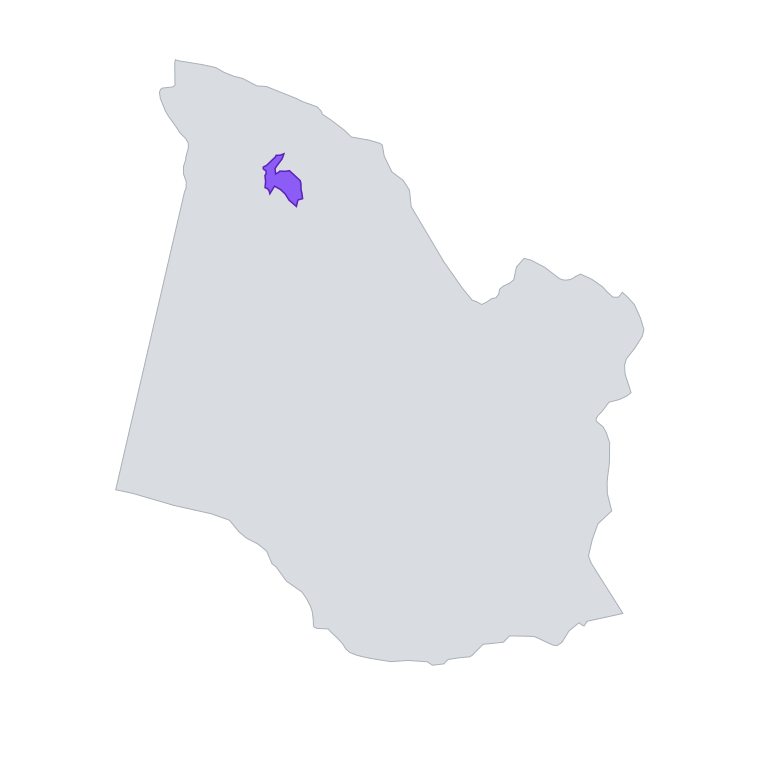 Ibanda on a map of Uganda (orthographic projection), rotated 103°
{"feature_id": "UGA-3369", "entity_name": "Ibanda", "entity_type": "County", "adm_level": 1, "iso_a3": "UGA", "parent_name": "Uganda", "parent_adm1": "", "projection": "orthographic", "projection_center": [30.484, -0.063], "detail": "fine", "context": "in_parent", "style": "filled", "palette": "violet", "viewbox_px": 768, "rotation_deg": 103, "n_neighbors": 0, "source": "natural_earth", "source_scale": "10m", "svg_char_len": 2884}
<svg xmlns="http://www.w3.org/2000/svg" viewBox="0 0 768 768"><g transform="rotate(103 384 384)"><path d="M547.4,621.6L536.5,621.6L518.8,621.6L501.0,621.6L483.3,621.6L465.5,621.6L447.7,621.6L430.0,621.6L412.2,621.6L394.4,621.6L376.7,621.6L358.9,621.6L341.1,621.6L323.4,621.6L305.6,621.6L287.8,621.6L270.0,621.6L252.3,621.6L241.8,621.6L239.7,621.3L238.2,620.9L231.5,622.1L224.6,626.5L217.2,628.3L209.3,627.6L208.3,628.1L204.3,628.0L198.5,627.7L193.3,628.8L189.3,632.7L185.3,639.2L178.0,646.8L172.3,653.5L167.4,658.2L156.3,666.1L150.3,668.4L147.3,668.0L145.5,666.5L142.0,656.5L139.8,654.9L118.3,660.1L115.0,660.2L115.3,657.0L113.7,633.5L113.5,619.1L116.3,610.1L117.9,599.7L118.1,590.5L122.1,574.9L120.6,565.5L125.7,532.7L127.1,527.4L129.0,511.5L132.2,506.6L135.1,504.7L138.7,495.0L145.8,479.4L150.7,471.4L149.7,453.9L150.4,442.0L151.6,439.4L162.0,435.0L175.6,424.0L181.3,411.1L189.4,402.8L205.1,397.4L251.5,353.1L273.1,329.1L282.5,316.9L282.9,312.5L284.6,306.7L280.9,302.2L276.4,298.1L274.9,294.4L271.0,292.5L265.5,292.6L261.8,289.8L257.6,284.4L253.4,281.0L240.3,281.3L230.1,275.8L230.3,268.4L234.2,253.6L241.9,236.7L242.3,232.1L241.2,228.1L239.4,224.7L235.9,221.3L232.7,217.3L235.2,205.1L240.0,193.2L244.0,187.3L247.9,180.6L246.7,175.1L241.1,172.4L244.0,167.1L250.1,158.1L262.0,149.0L272.4,143.0L279.3,143.0L292.9,147.8L305.1,153.5L311.8,153.8L320.0,151.4L336.8,141.3L340.9,144.5L345.8,150.6L351.2,160.8L361.8,165.4L366.9,168.6L370.6,169.5L372.6,168.7L376.6,160.7L381.5,156.4L390.5,150.9L410.3,146.6L424.5,145.2L430.5,144.3L440.6,141.7L456.4,133.6L472.1,144.1L489.0,146.1L505.5,146.1L510.5,142.9L513.4,140.4L530.5,123.1L553.8,99.6L569.5,132.7L574.8,134.6L574.1,137.5L572.8,140.3L583.0,148.2L595.5,152.4L600.0,156.5L600.4,160.9L596.3,180.2L597.1,185.7L601.2,205.1L608.7,209.5L615.4,229.0L628.8,237.2L630.7,239.6L633.8,249.1L638.0,259.4L641.2,261.8L643.1,262.4L647.1,273.4L644.9,279.6L648.0,298.4L653.0,315.1L654.4,335.2L654.5,344.0L654.4,349.4L653.3,357.0L650.9,361.4L646.6,365.7L641.9,372.4L637.8,379.7L635.2,383.2L637.2,394.1L636.7,396.9L635.6,398.3L629.6,399.9L621.8,402.8L617.1,405.7L610.5,411.2L605.2,417.1L598.1,434.6L586.3,448.2L584.3,452.7L573.2,460.8L568.3,470.8L565.2,483.1L560.8,491.9L551.5,504.0L549.3,523.1L549.6,561.1L547.1,604.5L547.4,621.6Z" fill="#d9dde1" stroke="#a8b0b8" stroke-width="1"/><path d="M219.4,544.1L213.4,544.9L207.6,546.9L205.8,546.2L203.6,546.6L202.5,547.4L202.2,548.8L201.4,550.1L199.9,550.4L198.8,549.5L198.1,548.1L189.6,542.5L187.0,540.8L185.5,540.6L184.4,536.7L182.2,533.3L185.1,533.6L188.0,534.1L196.2,537.8L198.9,538.6L201.3,537.6L203.7,536.9L201.9,534.7L200.0,533.4L198.9,527.7L197.4,524.2L200.1,519.4L204.8,511.3L207.8,509.9L213.2,508.6L216.6,506.9L221.7,505.0L224.1,509.3L230.7,509.3L226.2,517.9L221.3,522.7L217.8,528.6L215.8,535.2L224.3,538.0L221.8,539.3L220.0,541.2L219.4,544.1Z" fill="#8b5cf6" stroke="#5b21b6" stroke-width="1.5"/></g></svg>